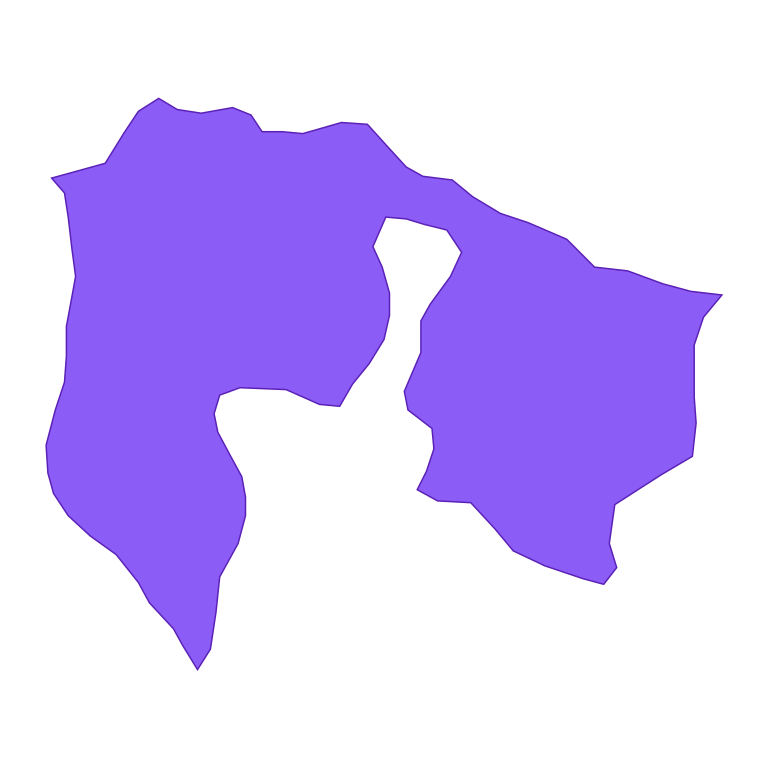 outline of Karavas, Cyprus
{"feature_id": "46923920B26333175037014", "entity_name": "Karavas", "entity_type": "district", "adm_level": 2, "iso_a3": "CYP", "parent_name": "Cyprus", "parent_adm1": "", "projection": "mercator", "projection_center": [33.214, 35.337], "detail": "fine", "context": "isolated", "style": "filled", "palette": "violet", "viewbox_px": 768, "rotation_deg": 0, "n_neighbors": 0, "source": "geoboundaries", "source_scale": "gbopen_adm2", "svg_char_len": 1340}
<svg xmlns="http://www.w3.org/2000/svg" viewBox="0 0 768 768"><path d="M197.5,669.6L210.4,649.2L216.0,612.1L219.7,576.9L238.1,543.5L245.5,515.7L245.5,497.1L241.8,476.7L230.7,456.3L217.8,432.2L214.1,413.7L219.7,395.1L240.0,387.7L286.1,389.6L319.4,404.4L339.7,406.3L352.6,384.0L369.2,363.6L384.0,339.5L389.5,315.4L389.5,293.1L382.2,267.1L372.9,246.7L385.8,217.1L406.2,218.9L424.6,224.5L446.8,230.0L461.6,252.3L450.5,276.4L430.2,304.2L420.9,320.9L420.9,352.5L404.3,391.4L408.0,410.0L432.0,428.5L433.9,448.9L426.5,471.2L417.2,489.7L437.6,500.9L470.8,502.7L494.8,528.7L513.3,550.9L544.7,565.8L583.4,578.8L603.7,584.3L616.7,567.6L609.3,543.5L614.8,504.6L640.7,487.9L661.0,474.9L692.4,456.3L696.1,423.0L694.2,397.0L694.2,345.0L703.5,317.2L721.9,295.0L690.5,291.3L662.8,283.8L627.7,270.9L594.5,267.1L566.8,239.3L528.0,222.6L500.3,213.4L472.6,196.7L452.3,180.0L422.8,176.3L406.2,167.0L385.8,144.7L367.4,124.3L341.5,122.5L302.8,133.6L282.4,131.7L262.1,131.7L251.0,115.0L232.6,107.6L201.2,113.2L177.2,109.5L158.7,98.4L138.4,111.3L123.6,133.6L105.2,163.3L51.6,178.1L64.5,193.0L68.2,217.1L71.9,248.6L75.6,276.4L71.9,296.8L66.4,326.5L66.4,356.2L64.5,382.1L55.3,410.0L46.1,445.2L47.9,473.0L53.5,493.4L68.2,515.7L90.4,536.1L116.2,554.6L138.4,582.5L149.5,602.9L173.5,628.8L182.7,645.5L197.5,669.6Z" fill="#8b5cf6" stroke="#5b21b6" stroke-width="1.5"/></svg>